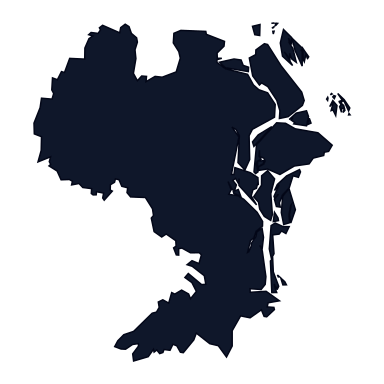 outline of Barisal, Barisal, Bangladesh
{"feature_id": "16705992B66943755852345", "entity_name": "Barisal", "entity_type": "district", "adm_level": 2, "iso_a3": "BGD", "parent_name": "Bangladesh", "parent_adm1": "Barisal", "projection": "robinson", "projection_center": [90.343, 22.763], "detail": "fine", "context": "isolated", "style": "filled", "palette": "ink", "viewbox_px": 384, "rotation_deg": 0, "n_neighbors": 0, "source": "geoboundaries", "source_scale": "gbopen_adm2", "svg_char_len": 5977}
<svg xmlns="http://www.w3.org/2000/svg" viewBox="0 0 384 384"><path d="M133.6,361.0L148.2,356.7L153.5,349.3L154.1,352.1L156.8,350.0L159.7,353.6L162.9,352.5L164.0,349.5L170.0,350.3L172.9,344.3L176.8,345.8L180.4,352.2L183.3,352.7L193.8,339.9L196.3,333.1L209.8,343.7L218.3,345.7L226.5,357.0L232.2,346.0L232.2,330.7L240.6,315.9L250.1,317.8L261.4,309.8L264.1,316.4L266.7,316.8L274.4,309.6L273.9,307.4L267.2,306.9L268.1,302.8L279.4,300.8L266.1,291.3L250.2,292.3L250.0,288.7L261.1,289.5L265.2,284.4L265.9,276.7L262.3,250.8L259.8,245.3L262.2,248.6L263.5,237.3L262.1,228.5L256.7,232.0L256.1,236.3L251.4,243.3L251.3,246.0L248.7,251.9L247.5,252.5L250.5,240.6L253.9,237.7L256.2,231.1L262.5,226.1L262.6,221.5L257.1,212.3L243.8,199.3L238.0,195.8L228.8,194.3L231.1,189.7L228.0,181.5L232.4,189.8L234.7,190.1L236.4,184.9L232.8,180.4L235.5,178.4L238.3,183.1L239.2,178.5L239.0,185.5L256.6,204.9L251.2,195.9L252.9,189.8L256.4,188.3L257.6,183.7L258.3,185.1L257.9,177.6L250.4,172.7L234.9,167.6L234.0,174.5L231.4,174.5L238.9,137.0L231.9,127.1L236.1,129.5L239.4,135.8L238.0,162.6L244.9,170.0L249.7,159.5L249.1,135.7L252.4,129.3L274.5,117.2L275.2,104.4L267.6,92.8L258.8,89.7L253.4,84.9L247.6,74.3L225.4,68.8L217.0,62.5L216.9,59.7L221.8,58.3L217.3,58.3L217.1,53.0L224.0,46.2L224.5,41.4L206.3,34.3L205.8,31.4L180.8,30.4L173.9,33.3L173.3,42.9L178.8,51.6L180.3,58.2L176.2,71.9L162.2,77.2L155.1,76.4L146.0,81.7L146.5,76.4L141.7,76.0L137.4,80.7L133.4,73.4L135.9,58.6L135.0,49.8L137.4,42.1L136.6,37.8L131.4,33.4L129.0,26.6L125.2,24.2L120.7,27.6L119.7,32.8L102.6,25.3L99.4,27.8L100.5,29.9L98.1,33.4L91.1,32.5L88.7,34.7L92.8,36.0L89.0,38.6L84.9,48.0L84.7,59.1L69.7,58.4L64.5,72.5L61.5,71.6L57.4,79.7L52.5,77.9L51.8,89.9L53.7,93.5L52.0,99.1L41.5,98.2L40.1,107.7L34.0,123.1L34.3,133.9L41.5,136.7L41.2,150.4L38.0,161.9L50.6,156.8L49.3,161.7L50.7,164.4L49.0,165.9L57.1,171.0L61.1,179.8L69.4,179.5L72.4,181.3L71.6,184.9L79.0,183.5L82.8,187.5L91.6,188.6L91.3,193.5L93.1,194.9L96.2,194.8L96.5,191.7L103.6,193.1L102.7,198.0L104.2,200.2L112.3,191.1L110.2,190.0L110.4,184.7L114.5,182.3L115.4,178.9L119.0,179.7L121.8,186.3L127.7,187.8L127.0,192.6L130.6,196.9L145.4,197.5L152.5,208.8L153.5,215.5L151.3,218.1L154.1,231.6L161.7,237.0L166.2,234.0L175.8,240.7L176.1,246.1L173.6,247.9L176.3,254.9L178.7,255.1L178.7,248.6L182.0,248.1L190.5,252.8L199.3,252.7L201.4,254.9L199.0,263.6L192.0,260.7L187.1,264.7L192.2,266.3L204.3,275.7L205.8,284.3L201.6,284.6L188.3,273.5L184.9,277.5L191.9,282.6L196.4,291.4L190.5,298.8L188.6,294.0L181.6,290.1L174.8,294.1L171.7,292.6L168.7,303.1L162.8,299.8L158.3,302.0L159.2,307.4L156.5,312.1L152.2,313.2L133.6,331.4L123.8,334.7L117.8,340.8L114.7,346.6L121.0,349.0L125.6,349.2L132.5,344.5L138.3,343.6L138.5,346.1L132.7,353.9L133.6,361.0ZM332.2,145.2L318.0,132.8L295.2,128.8L285.6,123.3L276.6,122.8L256.5,144.9L254.0,171.9L255.6,173.6L258.0,171.8L256.1,163.9L257.2,161.3L261.1,159.2L259.0,156.3L259.4,150.1L259.7,156.4L263.9,158.2L265.1,161.1L263.8,164.1L258.3,167.1L258.7,170.4L267.4,169.0L279.9,174.5L294.4,166.0L309.1,163.9L313.2,158.1L323.7,155.5L324.3,152.2L328.6,151.4L332.2,145.2ZM249.3,58.0L252.7,75.9L259.4,85.0L261.6,82.9L267.8,86.6L276.8,100.3L279.9,110.8L279.4,118.5L288.1,116.7L302.4,105.4L304.2,100.5L301.7,92.1L281.0,65.7L267.6,44.5L264.4,43.7L259.7,47.1L255.9,49.9L255.7,54.6L249.3,58.0ZM272.4,214.5L270.8,193.6L274.6,178.9L267.6,170.7L261.6,175.8L261.5,185.2L253.7,196.8L258.5,202.1L259.7,209.1L264.3,216.4L270.7,220.4L272.4,214.5ZM290.8,223.0L295.4,209.7L289.0,188.6L282.7,196.3L281.3,212.6L283.7,224.5L289.7,222.7L288.9,215.1L290.7,205.4L291.3,204.7L289.5,214.3L290.8,223.0ZM289.2,187.9L293.0,175.8L298.4,177.3L300.5,171.9L299.5,169.6L286.6,175.9L277.3,184.5L274.5,190.5L277.5,186.3L279.2,184.6L274.0,196.4L274.9,198.6L277.5,194.7L278.0,194.8L274.4,199.2L276.4,206.5L280.3,207.1L279.3,202.9L282.5,194.9L289.2,187.9ZM291.7,37.6L283.5,29.5L280.3,43.0L282.5,56.2L292.6,65.5L284.3,51.8L289.9,58.6L289.6,53.2L291.9,59.1L296.3,62.3L292.8,48.4L288.4,41.6L291.6,44.4L289.3,41.9L288.4,38.0L291.6,43.0L291.7,37.6ZM289.2,226.6L283.0,226.6L275.2,223.0L271.1,225.6L269.3,248.9L271.4,258.6L274.0,253.7L272.7,234.9L279.1,234.1L281.5,231.0L285.9,233.5L289.2,226.6ZM241.1,60.0L234.0,59.0L219.6,62.2L225.4,67.7L248.3,71.6L248.6,67.2L243.2,65.4L241.1,60.0ZM306.5,110.8L296.2,113.1L289.2,119.5L293.1,117.5L291.2,120.1L294.8,122.6L293.8,123.9L306.5,125.8L308.5,116.5L306.5,110.8ZM278.7,286.3L273.3,271.9L272.7,258.6L270.4,261.0L271.8,292.6L276.7,292.5L274.7,287.1L274.2,283.9L276.5,288.6L277.5,286.7L277.1,289.7L278.7,286.3ZM292.2,38.4L295.1,50.6L302.2,66.1L302.2,51.9L300.6,49.5L302.2,50.9L302.5,48.3L292.2,38.4ZM253.9,146.4L271.8,126.6L258.2,134.9L252.5,141.9L253.9,146.4ZM259.7,35.5L260.0,24.5L252.5,26.3L254.8,34.7L259.7,35.5ZM337.0,105.5L332.8,100.6L329.7,106.6L333.4,102.1L331.1,110.6L333.0,110.0L335.7,115.5L337.0,105.5ZM257.5,167.0L263.2,163.7L264.1,160.6L257.7,161.2L257.5,167.0ZM278.5,220.6L278.0,217.9L274.5,212.3L273.3,221.6L278.5,220.6ZM240.7,196.1L238.3,189.5L233.3,191.5L233.8,193.4L240.7,196.1ZM344.2,99.7L337.7,93.5L343.3,101.7L342.9,98.7L348.6,110.9L349.8,108.0L344.2,99.7ZM303.0,48.6L303.3,59.7L304.3,61.7L306.1,53.2L303.0,48.6ZM343.7,105.4L338.8,101.3L341.1,104.5L339.6,106.7L341.5,112.3L341.5,108.3L344.4,108.8L343.0,112.5L344.9,110.4L343.7,105.4ZM286.4,284.8L284.8,281.7L280.8,278.1L282.9,284.9L286.4,284.8ZM311.0,123.1L309.5,118.8L308.8,118.6L307.8,124.5L311.0,123.1ZM335.4,96.1L333.9,95.6L332.8,96.9L334.3,98.6L335.4,96.1ZM306.8,54.1L307.0,57.7L307.6,58.5L308.7,56.8L306.8,54.1ZM327.6,100.4L328.0,98.2L327.7,97.3L326.6,99.1L327.6,100.4ZM274.1,31.2L272.8,31.3L273.3,34.0L274.1,31.2ZM341.5,102.5L341.6,100.5L339.8,101.2L341.5,102.5ZM277.6,23.4L276.0,23.2L275.1,25.7L275.8,25.4L277.6,23.4ZM330.4,94.8L332.1,94.0L331.5,93.5L330.4,94.8ZM277.4,275.0L278.3,276.9L279.6,276.9L277.4,275.0ZM349.0,113.5L348.6,114.9L350.0,114.8L349.0,113.5ZM271.9,28.1L273.4,27.7L274.2,26.6L271.9,28.1ZM273.8,23.0L271.4,23.3L274.0,23.1L273.8,23.0Z" fill="#0f172a" stroke="#020617" stroke-width="1.5"/></svg>